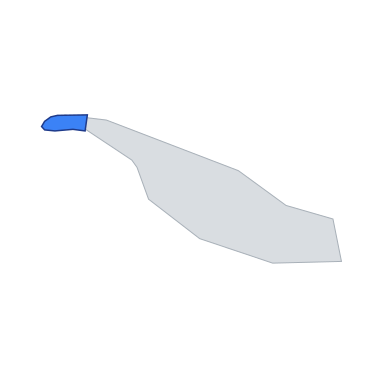 Ngarchelong on a map of Palau (Equal Earth projection), rotated 284°
{"feature_id": "PLW-5252", "entity_name": "Ngarchelong", "entity_type": "state/province", "adm_level": 1, "iso_a3": "PLW", "parent_name": "Palau", "parent_adm1": "", "projection": "equal_earth", "projection_center": [134.636, 7.709], "detail": "fine", "context": "in_parent", "style": "filled", "palette": "blue", "viewbox_px": 384, "rotation_deg": 284, "n_neighbors": 0, "source": "natural_earth", "source_scale": "10m", "svg_char_len": 485}
<svg xmlns="http://www.w3.org/2000/svg" viewBox="0 0 384 384"><g transform="rotate(284 192 192)"><path d="M199.9,335.3L160.8,353.8L142.5,287.5L148.6,210.7L174.5,151.6L202.6,132.7L208.4,125.9L235.7,49.2L241.1,91.5L223.9,231.9L201.7,286.5L199.9,335.3Z" fill="#d9dde1" stroke="#a8b0b8" stroke-width="1"/><path d="M225.4,73.5L224.0,61.3L218.1,44.2L216.6,34.0L219.1,30.2L224.9,31.9L230.7,36.8L233.8,42.9L241.5,71.8L225.4,73.5Z" fill="#3b82f6" stroke="#1e3a8a" stroke-width="1.5"/></g></svg>